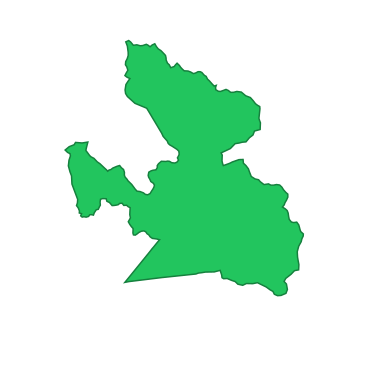 the district of Anápolis, Goiás, Brazil, rotated 29°
{"feature_id": "56859067B45329954534433", "entity_name": "Anápolis", "entity_type": "district", "adm_level": 2, "iso_a3": "BRA", "parent_name": "Brazil", "parent_adm1": "Goiás", "projection": "orthographic", "projection_center": [-49.011, -16.306], "detail": "fine", "context": "isolated", "style": "filled", "palette": "green", "viewbox_px": 384, "rotation_deg": 29, "n_neighbors": 0, "source": "geoboundaries", "source_scale": "gbopen_adm2", "svg_char_len": 4052}
<svg xmlns="http://www.w3.org/2000/svg" viewBox="0 0 384 384"><g transform="rotate(29 192 192)"><path d="M211.1,86.3L209.8,84.4L207.4,84.4L204.7,84.0L201.5,82.6L197.3,81.1L192.3,81.8L186.7,80.7L182.5,82.3L180.1,84.6L177.5,86.1L174.6,85.6L172.0,85.8L170.6,87.5L168.2,90.2L166.3,91.1L163.2,91.0L161.9,89.1L161.5,87.0L160.0,88.6L157.4,87.8L153.1,86.3L150.9,85.8L148.3,84.0L146.4,84.0L144.6,83.4L142.7,82.7L140.9,82.8L139.0,83.8L137.3,86.4L135.7,87.8L132.7,87.7L129.9,88.1L126.4,89.8L123.9,89.2L121.5,88.4L119.6,87.4L116.5,86.6L115.9,88.8L115.6,90.9L113.1,93.6L110.5,91.8L108.1,91.2L105.4,89.1L104.3,87.3L102.6,85.4L98.6,84.1L96.2,83.4L93.1,83.2L90.4,82.1L87.6,80.4L85.9,82.7L84.9,85.3L82.3,84.9L80.4,85.0L77.9,87.8L75.8,89.2L72.4,90.0L69.6,92.1L65.7,90.6L63.2,90.2L61.3,92.8L64.7,95.7L68.4,100.7L70.0,103.5L70.7,106.8L70.8,110.1L72.1,113.0L74.2,114.1L76.9,116.6L76.8,119.5L76.9,122.7L79.5,123.1L82.7,122.9L82.4,125.8L82.1,130.0L84.0,135.2L86.2,138.1L89.2,139.8L99.1,142.1L108.8,141.0L111.8,140.7L114.1,142.0L137.0,155.3L139.7,157.3L142.7,158.4L145.6,159.4L147.7,161.1L149.8,161.6L152.4,161.6L158.2,162.0L160.7,162.7L162.5,165.2L162.7,167.2L162.7,169.2L164.8,170.7L164.3,173.3L162.9,175.0L160.1,176.2L157.4,176.1L155.7,176.8L154.3,178.0L152.5,178.9L150.3,180.0L149.0,183.5L148.8,185.8L149.8,187.4L149.7,190.1L147.2,192.0L145.9,193.4L144.6,195.6L145.6,198.7L146.9,200.1L149.1,201.4L150.9,202.8L153.9,203.1L155.7,204.1L156.3,205.9L156.4,208.5L156.2,210.8L156.1,213.7L154.6,215.9L152.4,216.7L149.9,216.3L146.3,216.8L143.5,217.9L140.6,216.9L138.7,216.0L135.6,214.6L132.3,213.7L130.5,213.2L128.9,212.3L126.3,211.4L124.7,210.1L123.4,207.6L121.2,205.5L118.4,205.0L115.9,203.9L114.0,205.8L111.1,209.5L110.2,211.7L108.8,213.0L108.2,214.7L106.2,214.0L104.4,213.6L100.5,212.6L97.8,211.9L94.6,211.6L89.9,210.1L86.6,210.2L84.7,209.7L81.9,208.4L79.0,207.1L78.1,204.1L76.7,198.8L72.1,202.4L66.1,205.1L66.0,207.8L62.6,211.9L60.7,216.8L64.0,217.7L66.7,217.6L68.2,219.4L69.0,223.8L71.2,229.1L75.6,233.6L78.8,236.3L83.2,243.3L95.6,253.9L97.1,257.2L97.6,259.9L100.1,261.0L102.7,263.1L103.6,265.0L105.9,264.5L106.2,266.8L108.1,267.2L109.5,266.0L111.6,265.3L113.4,263.5L113.6,261.5L115.2,260.5L117.0,260.0L116.6,257.6L116.9,253.9L118.4,252.6L118.2,249.8L118.2,247.9L116.5,245.4L115.5,242.7L117.0,241.1L120.2,239.5L122.1,241.4L124.9,241.2L128.7,242.6L130.3,241.6L131.9,240.4L133.6,238.9L134.3,237.0L136.4,235.7L138.8,236.8L141.3,235.3L143.3,235.8L145.5,235.7L147.3,239.4L148.6,242.0L150.7,244.5L150.7,248.9L153.3,250.5L155.8,251.7L158.2,252.5L160.2,256.5L161.6,257.9L163.3,257.2L164.3,255.3L165.2,253.1L166.7,250.9L168.7,249.4L170.7,249.2L173.0,250.3L174.9,250.4L177.1,251.5L179.8,251.8L183.9,250.2L186.8,249.5L186.0,253.4L185.1,258.6L184.6,260.9L184.2,263.6L183.9,265.4L177.7,300.3L177.1,303.6L180.3,300.9L206.9,281.6L235.2,261.8L236.9,259.8L239.7,257.8L242.6,255.5L250.2,251.1L254.6,246.9L258.1,250.1L259.8,252.4L261.7,252.5L264.7,250.6L269.5,250.1L273.2,249.4L276.8,250.4L281.6,249.0L283.9,245.7L289.6,242.7L293.2,239.6L302.9,239.1L307.7,239.7L311.0,239.7L313.6,241.5L317.1,241.2L320.0,239.3L323.3,235.1L322.7,231.0L319.2,226.7L315.9,225.6L315.9,222.1L318.5,216.0L319.8,211.1L323.0,208.4L320.7,203.7L317.8,200.2L315.9,197.8L313.0,193.2L311.6,187.6L311.6,182.5L310.8,179.7L310.6,176.6L309.7,174.7L306.3,173.9L304.7,172.5L303.1,170.8L301.3,169.0L298.2,167.6L295.8,169.4L293.5,170.1L290.3,168.8L288.5,166.7L286.3,163.8L284.2,162.1L281.7,161.5L278.4,161.3L278.9,158.5L278.5,156.3L278.6,153.5L278.3,150.0L276.8,147.4L274.4,146.9L271.0,145.7L268.3,144.2L265.3,143.4L262.3,144.5L260.1,146.4L257.6,147.8L255.0,147.8L251.4,150.6L246.7,149.9L244.3,149.0L240.8,150.0L236.3,149.7L234.5,148.2L232.9,146.9L230.1,144.4L226.3,142.7L223.0,141.9L220.9,138.8L217.4,140.9L212.6,146.3L211.5,148.0L210.3,149.5L206.6,153.7L205.0,152.3L203.2,150.3L201.4,146.8L200.6,145.1L198.5,143.7L204.5,135.4L206.3,128.8L209.6,126.2L211.8,124.1L214.9,122.0L215.9,116.7L217.7,112.6L217.1,108.4L221.3,104.3L218.3,98.3L216.2,96.5L214.8,95.1L211.1,86.3Z" fill="#22c55e" stroke="#15803d" stroke-width="1.5"/></g></svg>